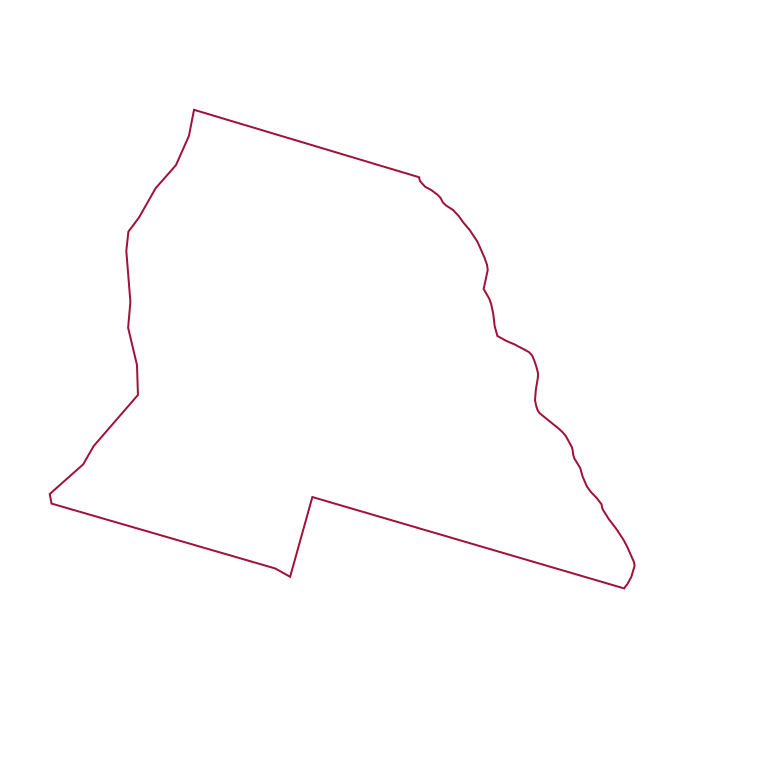 the district of Pike, Illinois, United States of America, rotated 196°
{"feature_id": "52423323B65966089908040", "entity_name": "Pike", "entity_type": "district", "adm_level": 2, "iso_a3": "USA", "parent_name": "United States of America", "parent_adm1": "Illinois", "projection": "orthographic", "projection_center": [-91.041, 39.62], "detail": "fine", "context": "isolated", "style": "outline", "palette": "rose", "viewbox_px": 768, "rotation_deg": 196, "n_neighbors": 0, "source": "geoboundaries", "source_scale": "gbopen_adm2", "svg_char_len": 1144}
<svg xmlns="http://www.w3.org/2000/svg" viewBox="0 0 768 768"><g transform="rotate(196 384 384)"><path d="M651.0,223.9L675.0,186.1L670.6,177.4L437.8,176.7L421.1,172.8L421.7,255.6L96.7,253.7L96.0,256.4L95.0,258.3L93.1,266.6L93.0,278.4L94.6,281.7L105.5,294.7L110.8,300.2L120.7,308.7L130.7,316.1L138.8,323.4L139.7,324.3L141.8,328.4L148.1,333.0L155.6,337.4L160.8,341.5L167.6,349.8L172.2,357.3L180.6,365.0L182.7,368.3L184.4,372.3L186.1,375.2L194.7,383.9L199.0,386.9L203.9,389.3L226.1,398.7L229.0,401.0L231.9,405.3L234.3,409.9L234.6,411.1L236.5,420.6L237.8,432.2L238.8,436.6L242.3,442.6L245.9,447.8L249.5,452.3L253.4,454.6L269.1,458.0L278.1,459.1L288.2,461.4L293.6,470.2L298.4,481.7L303.1,490.5L306.4,495.1L314.4,502.8L315.7,522.2L317.9,527.1L322.5,533.5L333.3,546.4L343.9,555.5L352.4,561.2L358.4,566.0L365.6,570.3L373.5,572.7L377.4,574.7L381.1,578.6L384.8,580.7L392.1,583.5L398.7,584.9L404.2,588.2L405.5,589.3L406.7,591.2L407.1,592.4L642.2,595.2L639.9,568.8L644.3,537.1L657.5,509.2L665.4,476.5L671.7,460.0L668.4,440.9L650.4,393.0L645.5,367.6L626.7,334.2L617.5,305.7L646.0,244.3L651.0,223.9Z" fill="none" stroke="#9f1239" stroke-width="2"/></g></svg>